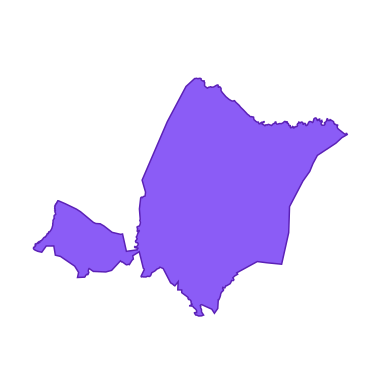 San Pedro Pochutla, Oaxaca, Mexico (Natural Earth projection), rotated 209°
{"feature_id": "50627088B77696414551918", "entity_name": "San Pedro Pochutla", "entity_type": "district", "adm_level": 2, "iso_a3": "MEX", "parent_name": "Mexico", "parent_adm1": "Oaxaca", "projection": "natural_earth1", "projection_center": [-96.39, 15.79], "detail": "fine", "context": "isolated", "style": "filled", "palette": "violet", "viewbox_px": 384, "rotation_deg": 209, "n_neighbors": 0, "source": "geoboundaries", "source_scale": "gbopen_adm2", "svg_char_len": 6004}
<svg xmlns="http://www.w3.org/2000/svg" viewBox="0 0 384 384"><g transform="rotate(209 192 192)"><path d="M84.1,317.5L85.1,318.2L85.5,318.0L85.3,317.0L85.9,316.8L87.3,316.8L93.9,317.9L95.2,318.2L96.1,318.8L96.7,319.5L97.0,321.1L97.4,321.1L97.8,320.4L99.0,320.8L99.4,320.8L99.9,320.4L100.4,320.5L100.8,320.9L101.4,321.1L102.1,322.0L102.8,322.2L105.1,322.3L105.3,321.9L105.6,321.8L106.0,322.3L106.3,322.3L106.6,321.0L107.5,320.6L108.9,321.7L109.3,321.6L109.1,320.0L108.7,319.4L109.2,317.7L109.7,317.0L109.7,316.6L108.8,316.4L108.6,315.8L108.6,314.9L109.0,314.4L110.5,313.5L111.3,313.6L111.6,314.0L112.1,314.1L112.6,315.0L112.1,316.5L113.2,317.5L113.7,316.1L114.1,315.9L114.6,316.2L115.7,317.7L116.1,317.5L116.0,316.3L116.9,316.3L116.9,315.4L117.1,315.3L119.2,316.8L119.8,316.7L120.2,316.4L120.8,315.3L120.1,311.9L120.3,311.2L122.2,311.2L123.3,310.7L123.6,310.3L123.7,308.6L123.5,306.7L124.2,305.5L124.6,305.4L125.0,305.7L125.4,306.4L126.4,306.8L127.1,306.3L127.3,305.3L127.9,305.2L128.6,306.2L129.2,306.5L130.4,306.1L130.4,305.5L131.0,304.8L132.4,305.0L132.3,303.7L132.7,303.2L132.7,302.1L132.5,301.7L132.0,301.4L131.9,300.6L132.1,300.0L132.9,299.7L133.0,299.1L133.6,298.8L133.8,298.5L133.7,297.8L134.4,297.2L134.8,297.3L135.2,298.1L135.9,298.1L136.1,296.9L136.6,296.1L137.0,296.0L137.5,296.4L138.3,297.7L138.8,297.6L139.0,297.2L139.4,297.2L139.8,297.4L140.8,298.5L141.9,298.4L142.0,298.8L142.5,299.4L142.9,299.5L143.3,299.2L143.2,298.7L143.5,298.6L143.9,299.1L144.5,298.9L145.3,298.5L145.9,296.7L146.9,295.2L148.8,294.2L150.0,292.9L150.7,292.5L152.0,293.0L152.4,293.8L152.7,293.9L153.2,293.4L153.0,292.3L153.4,291.7L153.8,291.4L154.4,290.0L154.5,289.1L154.7,288.7L157.8,288.3L158.2,288.0L158.6,287.2L159.7,286.7L160.1,286.4L160.2,285.5L160.4,285.3L161.3,285.5L163.6,285.4L163.8,285.6L163.6,287.0L162.8,287.7L162.9,288.4L163.2,288.5L163.8,287.7L163.9,287.2L164.7,286.9L165.0,286.6L165.6,285.2L165.6,284.7L166.1,284.3L166.6,284.2L167.9,285.3L168.7,284.8L169.7,284.7L170.7,284.8L171.5,285.1L172.5,285.2L173.4,285.9L174.4,287.3L174.9,287.3L175.4,287.0L176.5,286.8L176.9,286.4L178.0,286.2L179.0,286.6L181.2,286.9L186.8,288.7L190.5,289.7L192.9,290.7L197.1,291.7L199.1,292.5L199.5,292.3L199.6,291.9L200.6,291.2L201.8,290.9L204.6,291.0L208.7,291.8L213.8,293.7L215.7,294.7L216.9,296.8L218.3,297.4L218.8,297.5L219.1,296.9L219.6,296.5L220.0,296.6L220.9,298.1L221.4,298.1L222.2,297.4L224.0,294.3L225.6,293.1L226.3,293.2L227.0,292.9L227.2,292.5L228.2,291.7L228.6,291.0L228.7,290.5L229.3,290.3L232.0,290.8L232.7,291.3L234.0,293.9L235.0,294.3L235.1,295.0L235.3,295.1L235.7,294.9L236.1,294.4L237.2,294.3L238.4,294.5L239.0,295.5L239.6,295.5L240.8,294.9L241.7,294.0L243.3,293.6L244.4,292.6L244.7,292.5L248.4,281.4L247.7,241.5L241.4,178.2L232.6,169.4L231.1,165.8L232.4,164.3L232.8,162.9L233.8,162.9L234.0,161.9L229.8,151.7L224.1,143.1L223.9,141.9L222.6,140.7L222.2,140.1L221.7,138.5L221.6,136.8L222.8,135.4L223.1,134.8L222.6,134.0L221.8,133.6L221.0,131.2L220.4,131.0L219.8,132.5L219.5,132.7L219.2,132.4L219.3,129.5L218.8,126.6L219.0,125.9L218.5,125.2L217.4,124.7L217.2,124.0L217.3,123.0L217.6,122.4L217.6,121.7L217.3,121.2L216.4,120.7L215.0,121.2L213.8,120.5L213.6,119.3L214.0,116.9L214.2,116.7L215.5,116.7L215.6,116.2L215.4,115.9L214.8,115.7L212.1,116.7L211.9,116.4L212.2,115.1L212.0,114.8L220.6,108.3L232.4,121.6L233.8,120.4L242.3,118.0L252.6,119.6L256.9,119.7L260.9,117.8L263.5,117.6L279.9,120.7L284.9,121.0L297.2,120.3L304.4,119.6L305.1,119.3L305.0,118.8L305.2,117.4L304.9,117.1L305.1,116.7L305.0,115.8L305.4,115.4L305.2,114.5L305.3,113.8L305.0,113.7L304.8,113.0L304.9,112.4L304.5,112.1L304.2,111.4L303.8,111.1L303.9,110.6L302.7,109.8L302.9,109.0L302.4,108.9L302.2,108.1L301.2,107.4L300.4,106.3L301.1,104.9L301.1,104.4L300.5,103.2L299.9,102.3L299.5,102.0L299.9,101.1L299.7,99.6L299.0,98.5L298.3,96.4L297.8,95.9L296.9,92.1L296.9,90.2L297.2,88.1L297.9,87.7L297.5,86.0L298.2,85.7L298.4,85.0L298.1,83.6L298.5,82.2L298.4,81.7L298.7,81.6L298.8,81.2L299.3,80.6L299.6,79.6L299.7,78.2L299.9,78.0L300.1,76.5L300.8,75.9L301.2,75.0L300.9,74.4L301.2,74.3L301.2,73.5L301.4,73.0L301.5,72.4L301.3,72.3L301.9,72.3L302.1,72.9L301.9,73.5L302.1,73.7L302.9,71.2L303.2,70.7L303.8,70.7L303.5,69.5L303.0,69.5L302.7,69.2L302.8,68.7L303.0,68.2L303.0,67.5L303.7,66.8L303.2,65.6L302.3,65.2L300.9,65.1L298.0,65.4L294.2,66.5L293.3,74.1L286.7,77.8L280.9,70.5L275.8,71.9L258.7,70.3L252.2,66.7L250.7,61.7L244.6,65.5L244.4,66.4L244.6,67.1L244.5,67.6L243.9,69.2L243.4,69.0L243.1,69.2L243.0,70.1L243.2,70.9L243.2,71.3L243.3,71.7L244.5,72.6L245.0,74.5L244.9,75.2L239.8,74.7L228.6,80.3L224.3,84.5L221.2,97.1L219.6,96.7L219.0,97.1L214.4,96.5L213.9,96.6L212.4,98.0L211.6,98.1L211.4,102.8L211.2,103.8L210.8,104.9L212.9,107.5L209.2,114.2L197.6,101.7L196.8,101.6L196.0,100.7L196.1,100.4L195.7,93.6L195.1,93.2L194.3,93.9L193.5,94.1L191.6,95.1L191.0,95.4L190.7,96.0L189.9,96.8L188.2,97.5L187.7,98.6L187.7,99.4L188.1,101.8L186.2,104.9L185.2,107.8L183.9,109.4L183.6,110.7L180.1,111.1L166.7,102.2L163.8,102.0L163.0,101.7L161.5,101.6L160.6,106.8L157.0,99.5L153.5,101.3L152.2,99.0L144.3,97.9L144.0,97.1L143.0,96.4L142.7,96.4L142.4,96.8L142.2,96.8L140.5,96.5L140.1,96.0L139.6,95.8L139.0,94.5L137.6,93.9L137.8,93.2L138.9,91.5L138.8,91.3L136.2,92.4L135.7,92.4L134.9,91.9L132.0,91.3L130.8,90.7L130.3,90.3L129.5,88.7L130.6,88.3L131.3,87.6L131.1,87.3L129.2,86.2L128.1,86.6L126.0,86.8L123.5,88.4L122.2,90.0L125.5,91.7L126.9,94.0L128.3,94.8L129.0,96.3L129.4,96.3L129.7,96.6L129.6,97.6L128.9,98.2L117.9,99.1L113.6,96.8L113.0,102.6L116.6,110.1L116.4,110.1L116.3,111.1L116.5,113.2L116.9,115.2L117.5,116.8L117.6,118.0L117.5,119.1L117.0,120.5L116.9,121.5L117.0,121.8L117.9,122.1L118.5,122.6L118.8,123.4L118.8,123.6L117.8,123.6L116.8,124.0L116.9,126.5L116.2,126.9L114.2,130.3L114.2,131.9L114.5,133.8L113.1,134.4L112.8,135.1L113.0,135.8L114.7,136.8L114.0,139.2L112.2,142.2L113.7,143.0L101.2,162.8L92.0,166.5L78.6,172.3L87.7,203.3L99.6,226.5L100.3,255.4L99.0,267.1L100.0,275.6L100.1,284.8L89.8,304.5L87.3,312.1L84.1,317.5Z" fill="#8b5cf6" stroke="#5b21b6" stroke-width="1.5"/></g></svg>